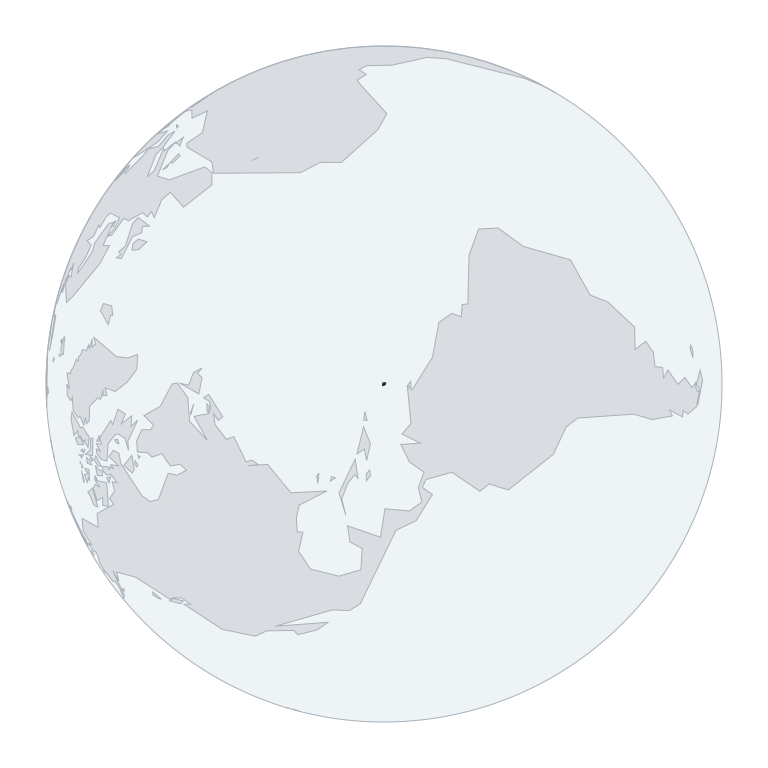 globe centered on Martinique, rotated 265°
{"feature_id": "FRA-1442", "entity_name": "Martinique", "entity_type": "Overseas department", "adm_level": 1, "iso_a3": "FRA", "parent_name": "France", "parent_adm1": "", "projection": "orthographic", "projection_center": [-60.978, 14.643], "detail": "fine", "context": "on_globe", "style": "filled", "palette": "slate", "viewbox_px": 768, "rotation_deg": 265, "n_neighbors": 0, "source": "natural_earth", "source_scale": "10m", "svg_char_len": 9748}
<svg xmlns="http://www.w3.org/2000/svg" viewBox="0 0 768 768"><g transform="rotate(265 384 384)"><circle cx="384" cy="384" r="338" fill="#eef3f6" stroke="#a8b0b8"/><path d="M285.1,417.4L277.6,413.2L269.8,422.6L245.0,404.1L237.2,383.2L167.1,341.2L161.3,329.7L163.5,313.1L152.2,254.6L151.5,307.4L144.8,295.8L141.8,276.3L146.4,272.6L148.3,245.4L144.0,233.8L153.6,201.6L182.0,165.6L181.6,172.2L188.5,163.7L189.4,155.3L188.3,152.1L213.3,119.5L220.0,101.2L210.8,102.7L221.6,97.5L196.6,106.8L193.0,106.3L204.0,102.7L210.5,99.3L211.5,96.3L218.4,92.3L222.8,89.0L231.0,84.9L236.8,84.3L242.2,82.0L242.6,80.1L251.0,75.7L249.6,78.6L264.1,71.5L276.5,71.5L266.2,86.7L280.0,86.9L287.6,104.2L293.8,100.6L300.6,106.3L310.3,104.7L308.9,109.4L317.8,104.1L317.2,100.3L320.9,96.9L326.5,95.9L325.8,101.3L322.9,102.6L325.6,103.8L322.8,107.1L327.4,104.9L325.8,112.3L335.7,103.7L341.5,108.6L338.2,113.9L327.6,114.9L293.9,133.1L287.3,140.6L288.6,149.2L313.9,161.2L311.1,169.6L315.3,179.8L321.8,173.9L320.9,164.0L334.0,156.6L331.3,146.5L336.2,142.4L337.8,132.4L349.2,132.7L359.5,138.7L358.8,147.5L363.3,150.8L373.5,142.1L381.3,159.2L402.4,172.8L403.1,178.0L387.6,187.3L363.6,187.1L343.3,203.1L368.3,192.0L369.8,206.8L375.0,209.4L381.8,208.7L385.9,203.1L388.8,208.5L365.3,220.5L362.2,215.7L369.7,211.6L358.4,212.2L342.6,222.1L344.6,229.8L318.5,239.8L319.6,245.8L314.5,252.0L314.5,241.5L314.0,261.1L283.7,281.8L282.4,317.7L270.8,289.1L258.9,285.1L244.1,284.6L243.5,290.3L224.7,284.3L206.0,294.7L196.5,322.3L200.9,344.8L222.1,347.9L229.6,336.4L245.9,335.3L231.7,367.1L259.6,374.1L255.3,398.3L263.1,411.5L277.8,409.2L292.7,416.1L304.2,402.5L322.3,395.5L321.9,415.3L332.5,397.6L342.3,407.4L378.8,407.1L375.8,411.6L406.5,434.7L440.6,444.0L448.5,457.9L444.3,466.8L456.3,468.8L456.5,474.5L504.9,480.0L530.1,491.7L529.5,511.1L508.9,534.9L491.4,580.6L454.7,597.0L446.1,614.2L418.8,638.6L396.5,637.2L403.7,648.4L392.0,655.1L377.8,655.5L376.1,663.0L365.6,663.0L373.2,668.0L358.0,676.9L364.3,684.3L353.6,690.6L358.2,694.6L353.5,694.3L349.1,695.5L349.3,697.6L334.1,693.3L327.6,684.1L331.5,679.7L325.3,678.5L333.2,666.2L327.1,668.5L325.2,647.9L332.2,630.2L333.2,573.9L325.3,561.7L299.2,546.5L267.6,498.6L275.3,479.9L268.7,470.3L290.2,443.9L285.1,417.4ZM65.4,271.4L68.2,263.9L66.2,269.4L65.4,271.4ZM70.1,258.9L69.1,261.5L69.9,259.3L70.1,258.9ZM279.5,329.7L311.6,348.7L292.3,349.9L296.1,346.9L288.3,339.3L273.2,331.9L256.5,334.5L279.5,329.7ZM296.4,310.8L290.8,309.2L296.5,309.3L296.4,310.8ZM186.7,151.5L188.7,155.7L185.4,165.2L182.9,162.0L186.7,151.5ZM194.1,135.3L197.0,135.6L189.0,143.5L189.9,140.8L194.1,135.3ZM202.6,105.4L202.9,107.0L200.3,107.0L202.6,105.4ZM222.0,89.3L219.8,90.3L223.0,88.2L222.0,89.3ZM331.4,133.1L334.5,132.8L332.6,134.8L331.4,133.1ZM329.1,129.3L324.7,131.9L322.9,130.5L325.7,128.9L329.1,129.3ZM238.4,80.4L244.4,77.3L239.4,80.2L238.4,80.4ZM335.0,126.6L320.4,127.8L317.4,125.4L325.5,117.8L335.0,126.6ZM248.5,75.5L262.9,69.0L259.0,70.2L277.9,64.0L259.5,71.0L253.9,74.1L253.4,73.6L248.5,75.5ZM314.5,99.6L315.5,103.6L309.5,101.4L314.5,99.6ZM309.8,99.1L286.1,98.8L287.6,93.1L295.2,94.0L292.9,88.0L305.3,85.2L309.3,87.8L305.9,91.9L313.3,87.9L309.8,99.1ZM286.1,62.1L290.4,60.8L287.0,62.1L286.1,62.1ZM321.9,95.5L317.0,95.6L317.9,90.5L327.9,89.3L324.4,91.3L321.9,95.5ZM286.3,88.1L288.7,84.5L299.4,81.1L301.8,79.4L305.7,84.7L286.3,88.1ZM327.1,92.0L333.0,89.0L337.7,90.6L326.8,95.0L327.1,92.0ZM313.9,89.8L314.8,87.5L317.6,88.3L313.9,89.8ZM357.7,96.0L351.8,95.6L351.8,92.8L357.7,96.0ZM334.9,87.8L333.2,87.3L332.5,86.3L337.3,84.8L334.9,87.8ZM313.0,82.2L316.9,81.8L311.9,79.8L319.7,77.7L320.9,81.8L323.7,79.2L326.1,78.6L324.4,82.7L313.0,82.2ZM340.1,80.6L344.3,86.0L355.3,87.0L355.6,89.3L337.9,87.5L340.1,80.6ZM331.0,81.4L336.7,81.4L334.2,84.0L328.8,85.7L331.0,81.4ZM324.6,75.1L312.3,77.1L312.5,76.3L324.6,75.1ZM343.8,80.3L342.7,79.1L344.9,80.0L343.8,80.3ZM331.1,75.9L326.7,76.6L327.0,75.6L331.1,75.9ZM344.2,76.3L345.5,77.8L341.9,78.9L344.2,76.3ZM338.6,75.6L340.0,74.0L339.7,78.3L336.6,76.1L338.6,75.6ZM332.1,74.8L330.8,74.4L333.8,74.6L332.1,74.8ZM357.2,71.9L357.7,77.0L349.7,79.1L350.3,73.7L357.2,71.9ZM360.2,701.7L335.7,694.7L349.1,698.1L356.7,695.2L370.1,700.1L360.2,701.7ZM383.2,693.9L393.0,692.0L395.8,693.1L389.7,694.7L383.2,693.9ZM466.6,56.3L461.2,55.1L453.7,53.6L458.0,54.3L455.9,53.9L452.1,53.1L448.5,52.3L466.6,56.3ZM448.4,52.3L443.2,51.5L402.2,47.0L391.0,46.2L394.0,46.2L421.3,48.2L448.4,52.3ZM295.8,57.8L289.2,59.7L288.9,59.8L294.1,58.5L277.9,64.0L259.0,70.2L260.6,69.4L247.7,74.8L271.5,65.4L295.8,57.8ZM685.6,231.5L680.8,222.8L676.9,216.0L676.5,215.4L675.8,214.2L682.2,225.8L676.6,216.9L690.3,241.3L699.6,263.2L707.3,285.7L713.4,308.6L717.9,332.0L720.7,355.5L721.9,379.3L721.4,403.0L719.2,426.7L715.4,450.1L709.9,473.2L702.9,495.9L694.2,518.0L684.0,539.5L672.4,560.2L659.3,580.0L658.9,580.5L666.5,569.2L676.1,551.0L692.9,502.2L702.6,474.4L705.6,455.7L701.0,419.9L702.6,394.6L699.4,386.6L693.9,393.2L689.2,383.8L685.1,386.0L653.1,410.4L638.2,400.3L608.4,360.9L610.4,340.0L601.8,319.1L608.8,232.6L620.3,231.9L637.2,208.3L641.1,208.7L650.1,224.9L671.5,231.9L665.5,216.0L674.0,216.4L672.8,209.7L653.0,180.3L655.0,190.4L644.6,179.5L634.3,160.2L630.9,153.3L626.7,149.0L619.8,143.8L609.8,133.7L616.3,141.6L620.5,144.7L624.7,150.2L621.1,147.9L617.7,144.1L616.1,144.7L632.8,164.3L638.8,169.5L640.3,180.0L650.5,190.1L654.2,197.8L638.3,183.6L632.8,176.9L610.9,166.2L616.8,173.9L637.9,185.0L635.4,185.6L643.6,197.8L635.4,189.0L610.8,176.4L606.0,188.0L615.9,224.2L609.7,231.1L597.3,229.8L577.6,199.7L593.6,187.9L586.8,178.6L569.8,169.7L576.1,167.4L571.1,162.7L575.8,158.5L568.9,143.7L571.7,139.2L555.9,125.7L555.2,122.0L564.7,130.7L572.8,135.0L578.0,126.2L575.1,122.1L564.5,114.5L567.2,113.7L556.2,107.5L552.8,100.7L547.8,104.4L535.1,97.2L525.9,89.7L520.9,88.4L535.8,100.9L542.6,105.6L549.9,108.2L567.5,123.4L568.6,128.5L546.6,116.3L545.7,122.6L529.0,111.7L498.9,82.2L493.0,74.9L510.7,75.2L519.6,79.7L517.7,81.4L531.5,85.3L524.6,82.2L526.9,82.1L515.4,76.5L516.4,76.2L503.6,71.9L503.6,71.0L511.8,73.7L494.7,66.2L491.3,64.0L486.9,62.6L483.2,61.7L481.3,60.4L478.2,59.5L477.6,59.4L471.0,57.8L458.5,55.0L458.5,54.6L463.0,55.6L469.3,57.0L492.2,63.9L514.5,72.3L536.2,82.3L557.1,93.8L577.1,106.7L596.2,121.0L614.2,136.6L631.1,153.5L646.7,171.5L661.1,190.6L674.0,210.6L685.6,231.5ZM618.2,272.0L620.8,278.4L620.9,278.5L618.2,272.0ZM379.9,406.9L384.3,410.7L378.4,410.8L379.9,406.9ZM289.0,357.9L296.1,358.7L299.6,362.0L294.0,362.7L289.0,357.9ZM349.8,360.7L358.2,362.6L349.2,364.0L349.8,360.7ZM316.8,351.1L343.1,359.9L325.7,365.2L309.2,360.0L321.0,358.7L316.8,351.1ZM291.9,322.1L296.2,323.8L294.6,327.4L291.9,322.1ZM300.6,311.1L298.8,311.3L296.9,308.2L300.6,311.1ZM371.1,206.1L373.1,205.3L379.8,205.9L376.2,208.3L371.1,206.1ZM412.0,195.2L415.9,204.3L410.7,199.0L406.4,203.4L390.2,198.7L402.7,180.5L399.9,189.2L412.0,195.2ZM371.9,188.6L380.8,192.8L370.5,189.0L371.9,188.6ZM539.1,144.9L545.1,145.8L549.9,151.8L546.3,160.2L539.4,151.4L539.1,144.9ZM552.6,146.1L531.8,133.3L533.1,128.4L535.9,133.1L538.9,131.2L544.1,138.5L565.7,147.5L571.3,153.6L561.8,164.2L561.8,157.0L555.9,156.0L552.6,146.1ZM476.3,117.7L467.3,114.5L481.9,107.8L488.6,111.7L485.5,119.6L475.8,119.7L476.3,117.7ZM352.1,113.8L347.7,114.8L347.9,113.0L351.8,110.8L352.1,113.8ZM355.0,96.0L371.5,108.6L367.3,110.1L382.0,116.9L376.7,123.7L367.3,118.8L374.3,129.9L363.7,128.2L369.6,135.5L349.4,123.9L340.2,123.7L352.5,121.2L357.6,114.7L357.0,111.9L348.6,104.0L331.3,101.3L333.7,95.4L339.9,91.9L344.4,91.7L341.5,95.4L349.6,92.4L348.8,97.7L355.0,96.0ZM411.6,68.0L406.3,70.2L422.5,69.3L421.8,72.9L423.7,72.6L427.5,75.9L435.4,79.6L433.5,81.2L437.4,82.1L440.0,84.7L444.7,86.5L443.0,90.3L448.6,93.1L444.6,93.4L454.8,97.4L446.4,96.2L448.9,100.1L455.7,99.2L434.7,119.7L432.3,130.8L434.9,141.2L420.2,139.0L408.4,128.5L400.0,115.5L404.4,105.8L396.9,107.1L396.8,103.1L402.7,103.7L393.5,100.4L395.0,97.5L387.5,88.8L373.3,87.1L370.3,84.3L376.6,83.5L369.1,81.4L378.9,78.3L376.9,76.5L384.6,72.0L397.9,72.4L394.6,70.4L400.3,67.6L411.6,68.0ZM359.7,70.7L375.8,69.2L383.3,70.7L366.8,77.9L367.3,80.0L356.9,85.7L346.3,83.7L350.2,82.1L351.5,80.2L354.3,81.6L353.1,79.1L358.5,77.1L359.0,74.8L364.1,74.8L359.7,70.7ZM638.9,201.2L640.7,200.3L642.1,197.3L647.3,205.5L638.9,201.2ZM622.5,192.7L623.2,190.4L631.2,199.4L629.2,200.8L622.5,192.7ZM616.7,182.0L622.6,189.6L618.3,186.3L616.7,182.0ZM564.6,128.6L564.5,126.2L567.2,127.8L570.3,131.2L564.6,128.6ZM459.5,69.7L455.2,69.9L453.5,69.0L441.5,67.3L441.1,65.0L448.2,65.2L459.5,69.7ZM657.2,186.6L661.6,193.6L660.0,192.0L658.8,189.9L657.2,186.6ZM657.2,199.6L660.4,199.9L658.6,201.9L657.2,199.6ZM457.0,67.0L452.1,66.4L454.9,65.7L457.0,67.0ZM440.2,63.4L442.3,62.4L439.7,64.6L440.2,63.4ZM446.4,53.6L463.6,57.9L475.7,60.9L482.0,61.9L480.4,63.0L461.8,58.2L446.4,53.6ZM407.7,47.5L402.2,47.6L399.6,47.1L400.5,47.0L407.7,47.5ZM407.9,47.8L410.5,49.0L404.2,48.9L403.4,47.9L407.9,47.8ZM434.5,56.1L439.6,57.3L437.2,57.6L434.5,56.1ZM289.5,60.7L290.3,60.8L287.0,61.6L289.5,60.7ZM338.6,49.2L344.6,48.5L338.3,49.4L338.6,49.2ZM358.0,47.2L347.0,48.2L357.5,47.1L358.0,47.2Z" fill="#d9dde1" stroke="#a8b0b8" stroke-width="1"/><path d="M385.0,385.1L384.9,385.1L384.8,385.3L384.7,385.4L384.6,385.2L384.4,385.1L384.2,385.0L383.8,385.0L383.6,385.1L383.4,384.9L383.3,384.7L383.6,384.5L383.8,384.6L383.9,384.4L383.8,384.2L383.7,384.2L383.4,384.2L383.1,384.0L383.0,383.9L382.9,383.8L382.9,383.7L382.9,383.4L382.6,383.1L382.6,382.9L382.7,382.7L382.9,382.6L383.1,382.6L383.3,382.7L383.5,382.8L383.8,382.9L383.9,383.0L384.0,383.2L384.1,383.4L384.3,383.2L384.6,383.2L384.5,383.3L384.4,383.4L384.2,383.5L384.3,383.6L384.2,383.7L384.3,383.8L384.2,383.8L384.3,383.9L384.5,383.9L384.4,383.9L384.4,384.0L384.5,384.1L384.7,384.3L384.8,384.3L384.8,384.5L384.9,384.8L384.9,385.0L385.0,385.0L385.0,385.1Z" fill="#64748b" stroke="#1e293b" stroke-width="1.5"/></g></svg>